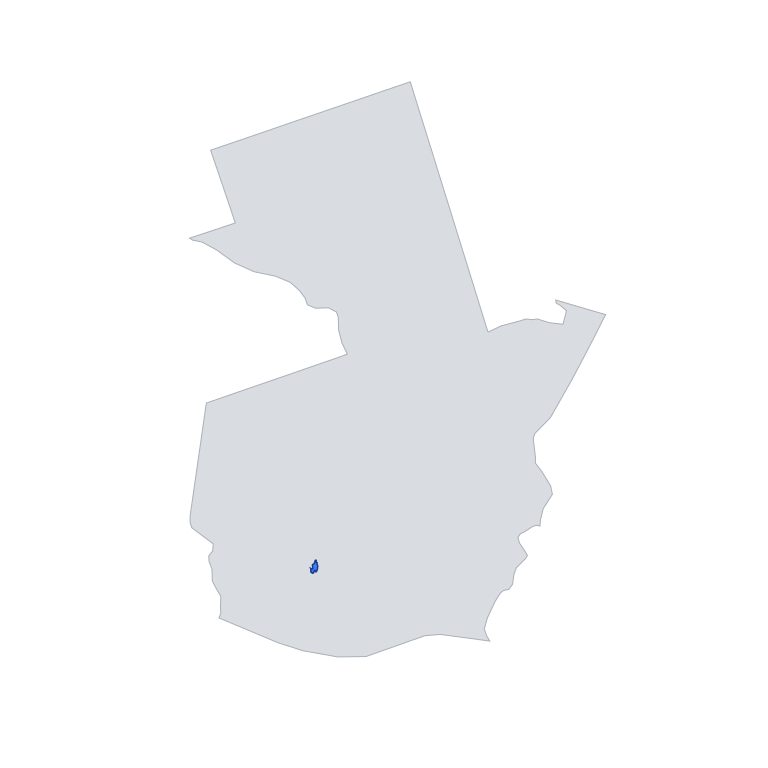 San Juan La Laguna, Sololá, Guatemala shown in context, rotated 341°
{"feature_id": "79465075B17327710580812", "entity_name": "San Juan La Laguna", "entity_type": "district", "adm_level": 2, "iso_a3": "GTM", "parent_name": "Guatemala", "parent_adm1": "Sololá", "projection": "natural_earth1", "projection_center": [-91.312, 14.674], "detail": "fine", "context": "in_parent", "style": "filled", "palette": "blue", "viewbox_px": 768, "rotation_deg": 341, "n_neighbors": 0, "source": "geoboundaries", "source_scale": "gbopen_adm2", "svg_char_len": 2537}
<svg xmlns="http://www.w3.org/2000/svg" viewBox="0 0 768 768"><g transform="rotate(341 384 384)"><path d="M151.8,551.5L154.9,548.0L157.4,540.0L160.6,531.7L158.7,522.1L157.5,514.4L161.1,503.1L160.8,494.7L162.4,489.4L167.7,486.1L170.5,479.6L155.5,457.4L155.5,452.3L157.5,446.1L169.7,422.3L184.2,394.1L200.2,362.9L209.8,344.2L244.8,344.1L268.0,344.1L297.4,344.1L329.4,344.0L350.4,344.0L359.1,343.8L357.6,331.6L358.7,318.2L362.5,305.9L362.5,300.5L356.3,293.9L344.1,290.1L337.4,284.2L337.3,276.8L334.4,267.9L328.5,257.4L316.3,246.6L297.8,235.6L282.1,220.9L269.1,202.4L258.1,190.5L249.7,185.5L247.7,182.8L272.4,183.1L295.8,183.3L296.0,156.8L296.1,133.2L296.2,106.5L338.6,106.6L389.2,106.6L441.7,106.7L483.0,106.7L507.2,106.8L506.2,139.8L505.1,178.0L504.2,206.1L503.1,243.6L501.9,282.0L500.3,334.3L499.2,368.1L499.7,368.8L513.6,367.2L534.0,368.7L539.0,368.6L545.2,371.5L550.1,372.4L560.5,380.0L572.7,385.8L580.4,374.2L576.3,367.2L573.2,363.6L573.7,360.5L616.2,390.6L611.2,395.2L600.4,405.9L581.0,424.3L563.5,440.7L546.7,455.6L531.5,469.0L529.7,470.3L510.5,479.9L507.3,484.3L503.2,503.2L501.3,507.9L504.8,518.4L508.4,534.7L507.3,543.1L494.0,553.6L487.9,563.0L485.2,569.1L482.8,567.5L478.7,567.0L469.1,569.4L464.5,569.9L460.7,572.6L460.3,578.5L462.9,588.0L463.8,592.8L461.1,595.1L449.4,600.8L444.8,606.4L440.4,615.2L435.2,618.8L429.9,618.2L426.1,619.4L418.0,626.0L405.7,638.7L399.2,648.1L399.0,655.1L400.3,661.5L355.7,639.1L340.8,635.3L278.2,635.8L251.4,627.0L220.8,610.0L200.1,594.6L151.8,551.5Z" fill="#d9dde1" stroke="#a8b0b8" stroke-width="1"/><path d="M258.5,539.5L258.8,539.4L259.7,538.7L259.8,538.6L260.0,538.3L260.3,538.1L260.6,537.6L261.2,536.6L261.2,536.1L261.7,535.4L261.8,535.2L262.1,534.5L262.2,532.5L262.2,531.3L262.4,531.1L262.2,531.0L262.0,530.7L261.9,530.6L261.8,530.3L261.8,530.2L261.9,529.8L261.9,529.7L262.0,529.6L262.2,529.4L262.3,529.4L262.3,529.2L262.4,528.9L262.5,528.7L261.9,528.3L261.7,528.5L261.3,528.7L260.9,529.2L260.8,529.4L260.8,529.5L260.2,530.3L260.0,530.6L259.5,531.0L259.1,531.2L258.3,531.4L257.6,531.5L257.4,532.0L257.3,532.3L257.2,532.6L257.0,533.8L256.8,534.6L256.7,534.7L256.7,535.1L256.5,535.3L256.3,535.5L255.9,535.5L255.3,535.2L255.1,535.0L255.0,534.9L254.6,534.4L254.6,535.0L254.3,535.7L254.2,536.7L253.9,537.3L253.7,537.9L254.1,538.0L254.2,538.9L254.3,539.0L254.5,539.1L254.8,539.2L254.8,539.4L254.9,539.5L255.0,539.7L255.5,539.8L256.0,539.5L256.6,538.9L256.9,538.5L257.0,538.4L257.5,537.7L257.8,537.6L258.0,537.7L258.2,538.9L258.5,539.5Z" fill="#3b82f6" stroke="#1e3a8a" stroke-width="1.5"/></g></svg>